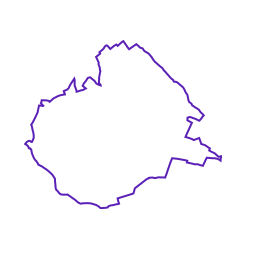 Bala, Mures, Romania (Albers equal-area conic projection), rotated 12°
{"feature_id": "2599482B91392200314652", "entity_name": "Bala", "entity_type": "district", "adm_level": 2, "iso_a3": "ROU", "parent_name": "Romania", "parent_adm1": "Mures", "projection": "albers", "projection_center": [24.501, 46.719], "detail": "fine", "context": "isolated", "style": "outline", "palette": "violet", "viewbox_px": 256, "rotation_deg": 12, "n_neighbors": 0, "source": "geoboundaries", "source_scale": "gbopen_adm2", "svg_char_len": 5685}
<svg xmlns="http://www.w3.org/2000/svg" viewBox="0 0 256 256"><g transform="rotate(12 128 128)"><path d="M97.9,211.8L98.9,211.2L104.1,209.9L105.9,209.6L108.2,209.5L110.6,209.7L113.1,210.0L115.0,210.6L116.6,211.4L117.7,212.0L119.9,211.6L120.9,211.2L122.2,210.9L122.8,210.7L124.3,210.0L124.7,209.9L125.0,209.0L125.2,208.6L125.8,208.2L126.2,207.9L127.2,207.3L128.5,206.9L129.0,206.7L129.8,206.4L130.2,206.1L130.6,205.9L131.9,205.3L133.8,204.6L135.0,203.9L133.7,201.7L132.5,199.0L137.3,196.3L142.2,193.6L143.8,192.7L145.8,191.6L146.9,190.9L147.1,189.0L147.1,188.4L147.2,187.1L147.2,186.5L147.3,185.9L147.3,185.5L156.5,174.6L157.4,173.8L157.8,173.5L158.2,173.1L158.5,173.0L158.4,172.8L158.4,172.7L158.5,172.6L160.2,171.9L162.2,171.4L162.7,171.3L163.4,171.4L163.8,171.5L164.0,171.5L164.7,171.3L165.1,171.2L165.7,171.0L166.6,170.5L167.4,170.2L168.1,170.0L168.4,169.8L169.9,169.6L172.4,169.1L173.1,169.0L174.7,168.7L174.7,168.1L174.7,167.7L175.1,166.1L175.1,165.6L175.3,164.5L175.7,160.6L175.9,159.0L176.1,157.7L176.3,155.6L176.5,154.4L176.7,152.5L177.0,151.3L177.2,149.6L177.5,148.4L182.3,147.9L190.1,147.6L192.8,147.7L192.8,149.5L193.4,149.5L197.9,149.5L201.1,149.6L203.0,149.1L204.3,149.0L206.3,149.3L209.1,149.4L211.2,140.7L212.4,140.6L212.7,140.6L213.4,140.4L213.9,140.4L214.9,140.3L218.1,139.8L219.3,139.5L219.6,139.6L220.3,139.6L221.3,139.5L221.7,139.5L222.7,139.7L223.7,140.0L225.3,140.7L225.1,139.2L225.1,137.7L224.9,136.3L224.8,136.2L223.8,136.9L223.0,137.2L222.7,137.3L222.3,137.2L221.9,137.0L221.2,136.6L220.6,136.2L220.0,135.8L219.2,135.4L218.4,134.9L217.7,134.6L216.4,134.3L215.4,134.1L214.6,133.9L213.9,133.7L212.8,133.3L212.5,133.2L212.1,133.1L212.1,132.2L212.2,131.7L212.3,130.9L210.5,130.3L209.2,129.7L206.9,128.8L206.3,128.7L204.2,128.5L203.9,128.5L203.1,128.5L199.7,123.0L194.9,126.1L192.5,125.4L191.0,125.3L189.7,125.0L188.5,125.0L186.1,124.8L187.1,120.0L189.4,109.6L184.5,108.1L184.1,105.5L184.8,105.3L185.4,104.7L186.1,104.4L186.9,104.4L187.5,104.4L189.7,104.8L191.9,105.0L192.9,105.3L196.2,106.1L196.3,106.0L197.2,104.4L198.0,103.0L198.4,101.7L199.5,100.0L197.8,98.6L197.3,98.4L196.9,98.2L196.4,97.9L195.0,96.9L194.0,95.7L193.6,95.4L192.5,95.0L192.3,94.9L191.6,94.6L190.9,94.3L190.7,94.2L189.4,93.9L188.6,93.6L188.2,93.3L187.7,93.1L187.3,92.9L186.5,92.7L186.1,92.5L185.8,92.3L185.4,91.5L185.2,91.2L183.8,90.4L182.9,90.1L182.1,89.5L181.4,88.3L180.0,85.1L179.8,84.4L179.5,83.9L179.3,83.5L178.9,83.0L178.4,82.5L178.0,82.1L177.4,81.6L177.0,81.1L176.7,80.8L175.4,78.9L175.1,78.6L174.5,77.9L173.9,77.3L173.1,76.6L172.8,76.4L171.1,75.5L170.5,75.2L169.3,74.6L168.2,73.9L166.8,73.2L166.0,73.0L165.5,72.9L165.1,72.9L164.7,72.9L164.3,73.0L163.7,73.1L163.3,73.1L163.2,73.1L162.4,72.0L162.3,71.7L161.7,71.4L160.4,70.8L160.0,70.6L159.6,70.3L158.2,69.3L156.6,68.1L155.7,67.5L155.3,67.2L154.4,66.5L153.9,66.1L152.3,64.9L151.7,64.6L151.3,64.4L151.0,64.0L150.4,63.5L149.1,62.2L148.0,61.7L146.8,61.1L146.1,60.8L145.3,60.3L144.5,59.9L142.2,58.5L140.3,57.5L139.5,56.8L138.8,56.2L137.9,55.4L137.1,54.5L136.2,53.6L135.8,53.3L134.4,52.2L133.5,51.5L132.2,50.7L130.3,50.1L129.0,49.7L127.9,49.2L127.0,48.4L126.0,47.3L125.8,47.2L125.5,47.1L125.1,47.0L123.9,47.0L123.1,46.8L122.6,46.6L121.7,45.9L121.3,45.7L120.9,45.5L119.1,44.5L118.7,44.3L112.7,50.7L111.0,49.3L110.3,48.7L109.7,48.0L105.4,44.0L104.4,44.9L102.8,47.1L101.9,48.3L100.9,49.8L99.2,48.8L97.2,50.7L94.2,54.4L90.8,51.8L89.7,51.7L88.9,52.4L88.2,53.7L87.7,55.2L87.2,56.1L86.8,56.7L84.3,59.8L85.3,61.1L82.0,65.1L85.7,70.0L85.7,70.3L86.0,71.9L86.8,73.2L87.2,73.7L87.8,74.9L88.1,75.6L88.3,76.5L88.5,77.0L88.7,77.5L89.1,77.8L89.1,79.1L89.2,82.1L89.2,83.5L89.3,84.6L89.3,85.7L89.5,86.0L89.8,86.4L89.8,86.7L89.8,87.1L89.8,87.8L89.9,88.6L90.1,89.5L90.3,90.0L90.7,90.3L91.7,91.1L92.2,91.6L92.4,92.0L91.2,91.9L90.4,91.8L89.7,91.6L89.3,91.6L89.0,91.5L88.2,91.1L87.6,90.9L87.0,90.5L86.6,89.9L86.3,89.6L85.6,89.0L84.6,88.4L83.8,88.0L82.9,87.6L82.1,87.2L81.4,86.7L80.8,86.4L80.5,86.4L80.1,86.4L79.7,86.6L79.0,87.0L78.3,87.4L76.9,91.0L75.6,93.5L74.9,96.2L78.5,98.1L76.0,100.2L74.3,100.9L72.3,102.1L70.2,103.2L70.0,102.4L68.9,100.6L67.6,98.5L67.1,97.9L66.9,97.0L66.3,94.6L66.2,93.6L65.9,92.2L65.2,90.9L62.9,96.7L62.2,98.9L61.6,101.6L60.8,102.7L59.8,103.6L57.5,105.2L57.9,105.9L58.1,106.4L58.5,106.9L58.7,107.0L59.0,107.5L59.3,108.3L58.3,108.6L57.3,109.0L56.4,109.5L54.9,110.1L54.0,110.6L52.4,111.7L51.4,112.6L50.1,113.6L49.0,114.5L47.1,117.1L46.5,117.9L46.2,118.3L45.8,118.7L45.4,118.3L45.0,118.0L44.4,117.9L42.2,118.0L40.0,118.4L37.8,118.8L37.9,120.4L37.9,120.9L37.6,121.8L40.5,123.9L40.2,124.2L39.6,124.2L38.7,124.2L36.3,124.5L36.3,131.7L35.3,136.1L34.3,140.0L33.5,142.8L32.6,145.0L33.1,145.5L34.0,147.2L35.0,149.6L36.4,152.3L37.5,155.4L37.8,157.8L37.4,159.4L37.1,161.3L37.0,161.6L36.7,161.7L36.2,161.7L35.5,161.3L35.0,161.2L34.6,161.1L34.1,161.1L33.8,161.2L33.4,161.4L31.9,162.7L31.6,163.2L31.4,163.8L31.0,164.5L30.7,165.0L30.8,165.2L31.0,165.3L31.6,165.2L31.9,165.3L32.2,165.5L33.1,166.0L34.0,166.6L34.3,167.0L34.8,167.6L35.2,168.4L35.3,168.4L35.6,168.5L35.8,168.3L36.1,168.3L36.5,168.3L36.8,168.4L37.0,168.8L37.3,169.0L37.6,169.1L37.8,169.2L37.9,169.4L38.1,169.8L38.2,170.1L38.8,171.6L39.5,173.0L40.6,174.7L41.4,175.8L42.2,177.0L43.0,177.8L43.6,178.4L45.4,179.6L47.4,181.6L48.0,182.6L48.7,182.6L50.1,183.1L51.2,183.3L53.0,184.0L54.9,184.8L56.8,185.5L58.7,186.5L59.6,186.9L60.2,187.3L62.6,188.7L63.9,189.6L66.5,192.2L67.1,192.8L67.5,194.6L68.1,196.5L69.0,199.3L69.5,201.2L70.2,202.7L70.6,203.3L72.1,204.2L74.0,205.8L75.2,206.5L75.9,206.9L76.8,206.8L78.3,206.7L79.5,206.5L82.1,205.9L82.8,205.6L84.4,206.4L85.9,207.0L89.3,208.5L91.5,209.4L92.3,209.9L94.2,211.0L95.3,211.4L97.0,211.8L97.9,211.8Z" fill="none" stroke="#5b21b6" stroke-width="2"/></g></svg>